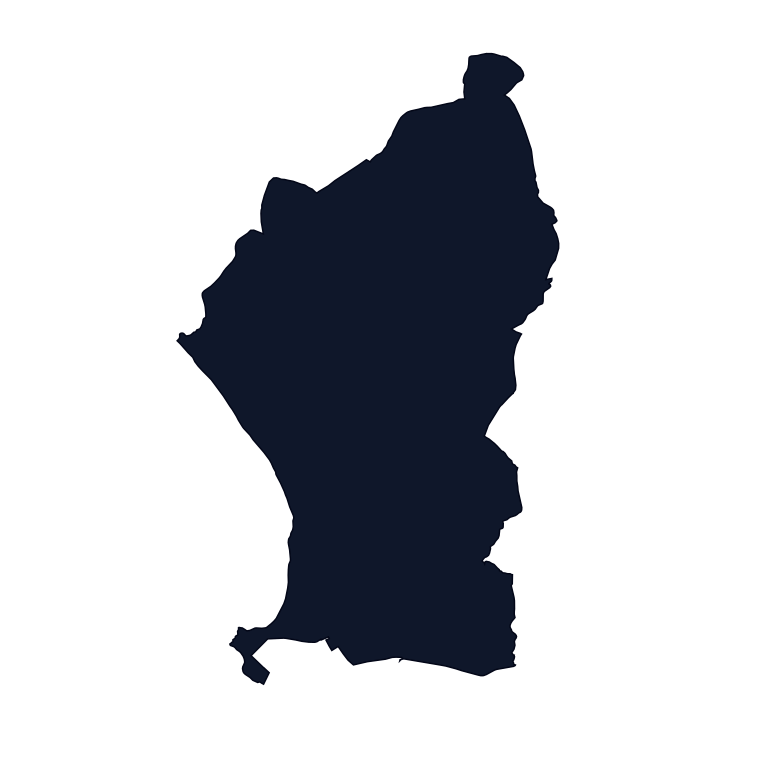 Jaramijo, Manabi, Ecuador, rotated 259°
{"feature_id": "8360857B39254193540064", "entity_name": "Jaramijo", "entity_type": "district", "adm_level": 2, "iso_a3": "ECU", "parent_name": "Ecuador", "parent_adm1": "Manabi", "projection": "orthographic", "projection_center": [-80.625, -0.974], "detail": "fine", "context": "isolated", "style": "filled", "palette": "ink", "viewbox_px": 768, "rotation_deg": 259, "n_neighbors": 0, "source": "geoboundaries", "source_scale": "gbopen_adm2", "svg_char_len": 6141}
<svg xmlns="http://www.w3.org/2000/svg" viewBox="0 0 768 768"><g transform="rotate(259 384 384)"><path d="M465.9,189.2L462.8,191.4L451.9,197.8L446.7,201.4L442.0,202.6L436.9,205.1L431.4,208.5L421.2,215.3L403.0,224.0L391.5,228.6L387.8,230.3L380.8,232.9L376.0,234.3L368.9,237.0L367.2,237.8L359.4,242.7L354.2,244.9L339.8,253.1L331.5,257.1L327.9,258.3L322.5,259.5L318.9,260.7L317.5,260.9L316.4,260.7L315.2,260.9L306.4,263.6L297.5,265.7L293.8,266.2L290.2,267.0L281.4,268.0L272.3,269.9L270.4,270.0L269.5,269.8L267.0,268.5L261.3,267.7L259.6,267.1L257.9,266.3L255.3,264.2L252.5,263.1L250.1,260.9L248.5,260.3L246.7,259.8L244.8,259.7L239.2,259.7L230.1,258.8L228.3,258.4L225.2,256.3L223.5,255.7L220.0,254.7L214.7,253.5L207.5,252.3L202.2,250.6L191.9,246.4L187.4,243.8L174.4,233.5L172.1,230.6L170.1,227.4L167.4,222.3L167.2,221.2L167.5,217.4L168.9,212.0L169.0,210.8L167.7,205.3L167.8,202.5L168.2,201.8L169.6,200.5L171.6,198.3L171.9,197.2L172.7,195.2L172.6,194.9L172.4,194.6L170.9,194.5L169.2,193.1L165.9,192.7L165.4,192.4L165.2,192.1L165.2,191.1L164.4,189.9L162.9,189.4L161.8,186.9L159.7,186.5L159.4,185.1L158.8,184.5L158.2,183.1L157.3,183.1L156.6,183.5L154.8,186.5L153.8,187.4L151.4,188.7L148.8,191.3L147.2,192.3L143.7,193.8L141.8,194.2L140.0,194.4L137.4,194.2L136.1,193.4L133.3,191.4L131.6,190.8L128.6,190.8L127.1,191.3L125.5,192.4L121.5,196.5L118.2,198.7L115.1,203.1L115.3,205.2L113.7,206.8L112.3,208.5L122.5,216.2L128.0,212.2L127.9,212.1L142.7,201.7L156.0,221.2L153.7,237.0L153.0,239.4L149.6,248.5L147.1,254.3L145.0,260.8L143.9,265.7L143.7,266.9L143.8,268.9L145.5,273.3L144.7,273.4L146.4,281.2L144.5,281.7L143.7,278.2L137.1,280.2L132.4,281.9L135.1,288.9L126.9,292.5L119.8,296.0L114.1,300.4L114.6,314.7L113.6,333.1L114.1,339.8L113.6,343.7L112.3,349.2L111.5,349.6L110.7,350.4L110.7,349.3L110.2,347.1L109.3,346.7L110.2,348.0L110.5,350.1L110.3,351.4L97.7,384.9L95.4,390.8L90.7,400.4L87.8,405.6L80.4,420.7L79.3,423.2L78.9,425.1L78.8,426.2L79.3,429.1L82.1,438.0L82.4,440.2L82.1,457.5L82.4,457.5L82.6,458.1L82.6,459.0L83.1,459.4L84.1,457.9L85.8,457.9L87.1,457.6L87.8,457.9L88.5,458.8L89.2,459.0L89.9,459.5L90.7,459.7L91.2,460.1L92.4,459.8L93.0,460.1L93.4,459.2L95.8,458.1L98.9,461.0L102.6,462.7L106.3,462.8L108.2,463.9L109.3,465.1L110.7,465.9L111.8,465.8L113.3,465.2L116.1,462.7L117.1,462.2L118.2,462.2L121.2,461.3L123.1,461.7L125.2,463.0L126.9,464.6L129.7,468.0L132.9,467.9L135.5,468.4L138.3,469.2L146.5,470.7L149.8,470.9L161.9,470.4L163.4,471.8L172.3,473.7L172.7,472.7L173.6,471.7L174.3,468.7L175.3,466.8L176.0,464.5L177.9,463.3L178.6,461.8L179.7,461.7L181.8,460.1L185.7,457.7L186.3,457.0L187.2,455.6L189.2,453.4L190.4,450.5L190.2,449.5L189.8,449.1L188.3,448.5L189.5,448.2L191.1,446.6L191.5,446.5L192.7,447.5L194.2,449.3L194.7,450.5L194.8,451.7L195.9,453.9L197.7,455.2L201.9,457.1L203.9,457.3L204.2,457.5L205.7,461.0L208.5,463.6L211.0,466.7L213.2,468.0L219.1,469.8L219.5,470.4L219.7,472.4L220.0,473.1L220.7,473.6L224.5,474.5L226.1,474.2L226.5,474.4L227.0,475.5L227.3,478.7L228.8,481.4L229.2,482.6L229.8,487.8L230.5,489.6L231.7,491.6L232.1,493.2L232.4,493.8L233.2,494.6L234.1,495.1L236.5,495.7L253.3,495.2L258.0,495.7L263.4,495.9L268.7,496.9L272.4,497.3L276.2,499.2L277.3,498.0L279.5,496.9L280.6,495.2L282.3,494.7L284.1,494.7L287.8,491.7L289.6,490.8L292.8,489.6L293.7,489.0L295.1,487.9L295.5,487.0L296.2,486.4L301.0,483.5L304.1,481.4L309.8,476.7L312.2,473.9L313.7,472.5L323.6,478.5L339.5,493.2L341.0,495.2L341.1,495.6L346.8,503.4L349.8,508.0L350.2,509.1L350.8,509.3L353.3,511.9L357.6,513.2L364.8,513.8L368.4,513.8L373.9,514.3L384.5,515.8L386.1,516.2L394.2,519.5L397.6,521.3L405.4,527.1L406.8,528.5L407.6,527.6L410.0,523.5L413.7,519.6L416.2,527.4L416.9,530.4L417.7,531.9L419.9,534.3L421.0,535.3L423.7,537.1L424.8,538.2L425.5,539.5L427.5,544.8L428.6,546.7L431.2,549.4L431.8,550.4L432.6,554.5L433.1,555.2L435.0,556.0L441.8,557.4L442.8,557.8L443.8,558.5L444.5,559.5L447.0,565.1L448.2,566.3L449.5,566.2L450.9,564.9L451.1,565.0L452.9,567.9L453.8,568.5L455.6,568.9L455.6,562.8L465.8,568.6L469.7,571.9L473.0,575.7L483.9,581.3L488.7,582.3L493.4,582.3L498.7,581.7L503.2,580.3L508.7,579.3L509.7,582.9L511.1,584.8L511.6,584.9L514.5,584.2L517.0,582.8L517.6,582.9L519.7,583.5L522.2,583.6L524.2,582.5L525.7,581.2L531.2,574.7L538.4,570.6L540.5,570.8L541.2,571.0L542.5,572.1L544.7,572.6L547.7,571.7L553.1,571.7L554.8,571.0L556.9,571.4L558.9,572.5L559.8,572.6L564.7,572.3L571.5,572.3L584.2,573.2L586.7,573.2L606.7,570.6L621.1,568.0L633.0,565.0L640.3,561.6L644.7,557.3L646.3,560.5L648.8,564.7L654.0,571.2L654.5,572.1L656.3,577.3L660.0,579.9L661.6,580.0L664.0,579.8L668.5,578.1L674.5,573.2L681.2,566.9L683.1,563.1L683.2,562.0L686.8,555.2L687.8,552.7L688.8,547.6L688.8,542.4L688.5,538.6L689.2,532.3L689.0,531.2L688.4,530.1L687.4,529.6L681.4,528.1L677.9,526.8L675.4,525.2L673.4,523.2L671.9,522.1L670.3,521.2L667.6,520.0L665.1,519.5L664.4,519.6L663.3,520.5L655.4,518.2L648.5,517.7L649.1,511.9L647.0,505.7L647.1,499.9L646.6,483.2L647.3,478.8L647.5,476.6L647.1,470.5L646.9,462.2L646.4,459.1L645.9,457.8L643.9,453.9L642.3,451.5L639.8,449.1L629.7,441.3L625.9,439.0L621.7,434.7L617.6,432.3L616.5,431.4L614.8,429.2L612.5,427.1L611.5,425.6L610.8,423.8L610.2,421.0L609.8,420.0L606.4,414.5L604.7,412.8L607.5,409.5L603.4,400.3L593.0,374.7L589.2,367.4L585.2,356.3L584.2,354.7L585.5,353.2L588.9,350.8L591.4,347.2L594.0,344.7L594.7,343.6L596.0,340.7L600.3,333.5L602.1,329.0L603.7,325.4L604.6,322.1L606.1,319.7L606.9,317.9L607.3,314.8L604.2,310.0L592.0,302.6L583.0,298.2L579.7,297.6L578.3,296.7L575.0,295.8L566.5,294.5L554.3,294.2L559.8,285.6L560.3,282.4L557.9,278.9L554.2,270.2L552.9,268.1L551.1,266.3L549.9,265.5L547.6,264.5L545.2,264.0L540.9,263.7L538.6,263.2L537.1,262.3L533.2,258.7L527.9,251.3L525.4,248.4L521.1,244.3L519.4,242.3L515.6,237.0L512.9,232.7L510.0,225.9L509.4,224.8L508.1,223.3L507.4,222.9L505.8,222.5L503.9,222.4L496.4,223.2L493.7,223.2L486.8,222.5L484.1,222.0L483.3,221.5L482.7,219.8L481.9,218.9L478.0,217.4L474.7,215.2L473.2,213.6L472.8,210.6L471.0,209.0L471.1,207.2L469.1,203.9L468.8,202.4L468.8,199.3L469.5,198.4L471.6,197.1L472.3,196.2L472.6,194.6L472.4,193.6L471.8,192.9L469.3,192.5L467.8,191.8L465.9,189.2Z" fill="#0f172a" stroke="#020617" stroke-width="1.5"/></g></svg>